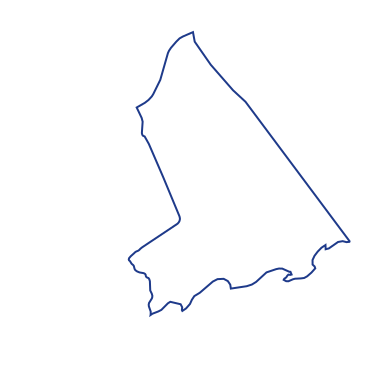 River Gee, Natural Earth projection, rotated 56°
{"feature_id": "LBR-1458", "entity_name": "River Gee", "entity_type": "County", "adm_level": 1, "iso_a3": "LBR", "parent_name": "Liberia", "parent_adm1": "", "projection": "natural_earth1", "projection_center": [-7.733, 5.165], "detail": "fine", "context": "isolated", "style": "outline", "palette": "blue", "viewbox_px": 384, "rotation_deg": 56, "n_neighbors": 0, "source": "natural_earth", "source_scale": "10m", "svg_char_len": 1810}
<svg xmlns="http://www.w3.org/2000/svg" viewBox="0 0 384 384"><g transform="rotate(56 192 192)"><path d="M320.9,88.9L321.3,89.4L320.0,91.9L317.0,94.6L315.1,98.9L315.3,110.1L314.2,113.2L310.6,111.0L310.6,115.8L311.7,121.1L313.4,126.1L315.8,130.1L319.6,132.6L322.3,132.0L324.2,132.5L325.6,138.0L326.3,143.7L326.0,147.1L324.5,150.1L321.5,155.1L320.8,157.1L319.9,162.0L318.6,163.8L316.1,165.1L315.5,164.0L315.5,161.7L314.7,159.8L314.4,158.3L315.7,156.8L316.1,155.6L313.2,155.0L312.6,155.9L306.0,160.0L304.1,162.7L303.0,165.4L300.3,175.2L302.4,189.1L302.2,194.1L300.7,199.3L293.8,213.8L290.2,212.1L285.9,212.1L281.7,214.3L278.5,219.6L277.9,224.8L279.9,241.9L279.6,248.3L281.3,252.4L283.7,256.3L285.2,262.0L285.2,266.5L284.2,266.4L282.1,264.6L278.7,264.2L270.9,271.4L270.8,274.2L272.6,283.3L272.2,286.7L270.8,292.8L270.8,295.1L270.7,295.0L269.8,294.3L268.0,293.1L262.7,291.7L261.2,290.9L260.0,289.7L257.8,284.8L257.1,283.9L255.9,282.9L253.8,282.2L250.3,281.7L242.4,276.8L240.4,276.2L239.0,276.2L238.2,276.8L237.5,277.2L236.5,277.4L235.7,277.2L234.6,276.7L233.8,276.7L232.8,277.1L232.0,277.7L229.3,280.5L227.2,281.9L226.2,282.3L224.9,282.7L223.6,282.6L220.8,281.6L219.8,281.6L218.1,282.1L217.4,282.2L215.6,282.1L214.5,282.1L213.4,282.4L212.5,282.1L211.7,281.2L211.0,278.7L210.4,274.3L210.2,273.3L210.1,272.3L210.2,271.2L210.5,270.0L210.6,269.0L210.5,267.9L210.2,266.7L210.0,264.4L210.2,221.7L209.8,220.1L209.2,218.8L208.1,217.5L207.0,216.7L205.2,216.0L163.7,207.6L128.0,200.9L119.5,200.2L117.9,201.2L116.7,201.2L115.1,200.6L106.1,193.6L102.4,192.3L91.0,190.6L91.7,181.3L91.4,176.6L90.3,171.9L89.2,169.4L81.3,155.6L63.4,134.3L62.1,132.2L60.7,128.8L58.6,121.1L57.7,116.4L58.0,112.6L60.0,101.8L68.9,105.7L97.0,105.3L130.6,101.1L147.1,97.2L320.9,88.9L320.9,88.9Z" fill="none" stroke="#1e3a8a" stroke-width="2"/></g></svg>